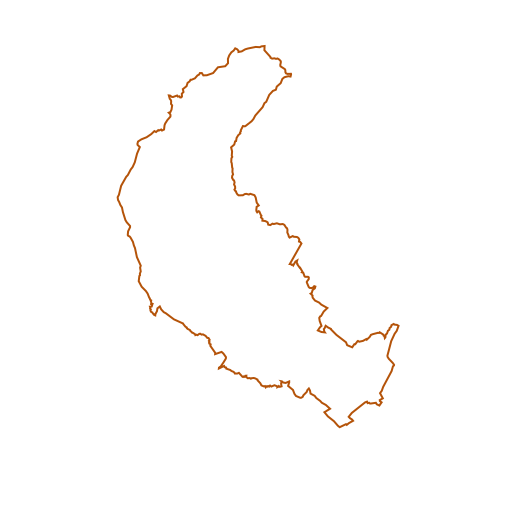 outline of Calatele, Cluj, Romania, rotated 151°
{"feature_id": "2599482B49338530714290", "entity_name": "Calatele", "entity_type": "district", "adm_level": 2, "iso_a3": "ROU", "parent_name": "Romania", "parent_adm1": "Cluj", "projection": "mercator", "projection_center": [23.02, 46.749], "detail": "fine", "context": "isolated", "style": "outline", "palette": "amber", "viewbox_px": 512, "rotation_deg": 151, "n_neighbors": 0, "source": "geoboundaries", "source_scale": "gbopen_adm2", "svg_char_len": 6128}
<svg xmlns="http://www.w3.org/2000/svg" viewBox="0 0 512 512"><g transform="rotate(151 256 256)"><path d="M262.8,423.6L262.3,421.9L262.4,420.8L263.3,419.4L267.5,417.9L271.2,415.9L272.6,414.7L275.1,411.2L277.4,411.3L277.6,412.6L280.2,412.8L280.5,413.5L283.3,412.9L284.3,414.5L288.5,413.4L294.1,412.9L299.7,413.6L303.7,413.3L305.4,411.5L305.7,410.5L304.8,407.6L310.4,403.2L316.6,396.7L320.8,393.6L323.6,392.4L328.9,388.9L331.1,388.2L339.9,382.8L346.2,376.0L348.5,374.5L349.5,371.9L349.5,369.5L349.9,366.4L349.7,363.4L351.1,359.0L352.8,350.7L352.7,348.1L351.6,343.3L352.2,342.2L355.9,339.6L358.0,336.5L358.0,335.7L357.0,334.2L356.8,332.9L356.8,328.0L357.7,324.4L358.0,321.6L360.7,312.8L361.5,303.4L363.0,302.0L364.3,298.4L366.1,296.9L366.8,295.4L367.7,295.1L370.8,290.8L370.9,284.5L369.3,278.8L369.0,275.7L369.6,271.2L369.4,270.5L369.8,269.1L369.2,268.0L369.9,267.4L370.1,266.0L371.0,264.9L369.8,264.2L371.7,262.4L373.3,263.1L373.5,262.1L374.1,261.4L373.9,260.3L374.6,259.9L374.9,258.2L374.0,256.8L374.1,255.6L373.5,254.7L373.7,254.0L372.9,252.9L372.1,254.0L369.3,255.8L367.6,258.0L364.6,258.5L364.8,255.3L363.9,251.6L362.6,249.6L358.5,240.4L352.5,232.3L352.6,231.8L352.0,228.4L351.2,227.0L351.5,226.5L351.2,225.5L349.7,223.3L349.7,221.8L349.2,221.1L349.0,219.8L348.3,219.2L347.2,217.0L347.4,216.2L346.2,216.0L345.5,215.1L343.4,215.4L342.5,215.1L341.7,213.6L340.4,213.2L338.8,210.6L338.3,208.0L337.3,207.3L337.2,205.1L338.4,204.6L338.3,203.3L339.1,202.9L339.3,202.0L338.5,200.7L339.5,199.6L338.6,191.0L339.3,190.0L332.6,188.8L331.8,186.5L331.3,182.1L332.1,180.9L336.4,178.5L340.4,176.5L342.5,176.3L343.0,175.6L337.2,175.3L337.3,173.9L336.2,172.9L336.6,171.9L333.8,168.8L333.2,167.3L331.9,165.7L331.4,164.4L331.5,163.5L329.4,162.3L327.6,162.1L326.4,156.9L325.9,156.4L325.1,156.6L324.5,155.8L323.4,156.4L322.5,156.0L323.2,155.1L322.5,153.1L320.7,152.3L320.0,151.2L319.5,151.4L317.1,150.4L316.0,149.3L314.6,147.2L314.9,146.5L313.9,142.6L314.0,140.2L312.3,138.1L311.2,137.9L311.2,136.4L309.9,136.9L309.3,136.2L308.7,136.4L308.0,135.6L307.7,136.0L306.5,135.9L305.9,134.4L302.5,134.0L300.4,131.5L300.9,130.9L299.9,130.8L299.1,131.2L298.6,130.0L296.8,129.6L296.0,132.1L294.5,133.8L294.6,134.2L294.1,133.8L293.6,132.2L291.6,130.6L287.8,130.2L288.2,129.4L290.9,126.8L288.6,120.9L289.2,116.9L288.9,114.2L286.0,110.5L285.0,110.1L283.4,110.2L282.1,111.2L277.6,112.5L276.1,113.8L274.0,114.5L274.0,112.2L275.0,109.2L272.5,105.3L272.1,102.5L270.1,98.1L269.6,95.8L267.1,91.8L265.3,86.5L271.9,86.2L270.9,80.9L267.9,73.7L266.7,67.9L265.8,65.7L258.8,65.3L258.5,64.3L255.7,64.8L251.0,64.8L251.3,66.5L252.4,68.5L252.9,70.4L248.3,72.3L231.5,75.1L229.5,74.8L229.7,73.2L228.2,72.8L227.9,71.8L227.1,71.3L222.3,69.5L222.3,67.8L220.6,65.4L217.1,67.1L218.0,69.0L217.6,70.0L214.1,70.0L214.0,75.9L211.4,77.1L208.2,79.9L193.2,89.6L189.7,93.1L188.4,93.4L188.0,93.9L188.2,96.0L189.7,101.8L189.8,104.0L189.4,105.1L179.0,116.0L172.4,120.8L169.2,122.3L165.2,125.8L166.1,127.4L168.2,128.9L168.5,129.8L171.1,129.8L172.1,128.6L174.1,128.2L175.1,126.9L176.9,126.6L179.0,124.7L180.8,124.3L182.3,122.1L183.1,121.8L182.5,123.4L183.0,124.4L182.8,125.6L184.8,129.3L185.6,129.0L186.6,129.7L191.7,131.0L193.7,131.3L195.8,130.1L199.7,129.1L199.8,129.9L203.6,129.9L207.3,131.0L208.0,132.3L208.4,132.3L212.0,130.7L212.7,131.2L216.1,129.5L219.5,133.8L219.1,136.9L223.9,148.0L226.0,155.5L225.8,155.9L227.6,158.5L228.9,161.2L231.1,159.5L232.1,159.2L232.9,156.8L232.8,155.8L235.6,157.8L238.0,160.9L234.7,162.6L232.6,163.1L231.8,168.3L230.7,171.2L229.1,172.1L228.1,172.0L223.7,174.6L218.8,175.9L222.5,181.9L223.4,184.7L226.0,188.4L226.6,191.9L226.4,193.0L225.7,194.0L226.5,196.6L225.2,196.6L223.0,198.8L220.2,199.2L218.9,200.5L219.7,201.4L221.4,200.8L223.1,201.1L224.6,202.2L224.9,203.4L224.4,208.2L224.0,208.9L221.1,210.2L220.2,211.7L220.5,212.5L223.1,214.0L223.4,214.7L222.8,218.3L223.6,219.3L223.0,219.4L223.1,224.3L223.4,224.3L223.9,228.7L223.6,228.9L223.6,230.7L222.2,232.1L224.2,232.0L228.0,229.7L228.1,230.7L229.2,231.0L229.5,232.1L230.3,232.6L210.2,244.9L210.5,246.8L211.4,247.8L210.1,249.4L210.1,250.3L210.2,251.4L211.0,252.8L213.6,254.5L214.2,255.6L217.7,255.8L217.9,257.0L217.5,258.4L217.2,261.4L215.8,263.6L215.4,265.2L215.9,266.2L216.1,269.5L217.1,271.0L219.7,272.1L221.9,274.5L224.9,275.3L225.9,276.3L228.5,276.1L230.1,277.5L229.5,279.7L230.0,280.8L231.1,282.2L233.3,283.8L232.3,285.3L233.0,287.4L231.7,288.6L231.9,289.5L231.5,293.3L232.1,294.0L233.8,293.6L233.9,294.7L233.5,296.0L231.6,298.7L229.1,298.9L229.5,302.3L227.9,307.4L227.9,310.0L230.9,313.2L232.4,313.2L234.4,315.1L235.8,315.6L238.1,315.5L241.8,317.5L242.4,318.9L242.5,321.2L242.1,322.2L242.6,323.0L242.7,324.5L241.4,325.3L240.6,326.9L240.5,329.2L239.1,330.7L238.7,332.1L238.6,332.9L239.2,334.0L238.9,335.2L239.1,336.0L238.0,337.6L236.5,338.5L235.9,340.9L234.0,344.0L234.0,344.8L232.2,349.0L232.1,350.2L230.1,353.4L228.7,354.2L228.6,355.4L226.2,359.1L225.1,363.1L221.0,364.0L218.7,366.4L217.7,366.2L215.7,368.7L212.9,370.3L210.3,370.8L210.1,371.7L208.7,372.5L208.4,373.3L204.4,376.0L202.9,374.8L201.9,374.8L194.5,376.0L191.9,377.0L188.5,379.2L178.0,383.0L174.5,385.6L172.3,385.9L166.3,390.5L161.2,392.2L158.0,391.8L155.7,394.1L150.6,395.2L147.1,398.1L144.5,398.6L140.6,397.6L138.8,396.2L137.3,397.8L137.1,398.4L140.2,400.0L141.2,401.2L141.2,402.4L140.2,404.5L140.2,405.5L142.6,410.0L142.2,411.3L140.5,413.2L139.9,414.3L140.4,416.5L141.4,418.3L142.9,418.7L144.1,420.0L146.2,420.8L147.2,422.4L146.9,423.2L148.9,431.9L146.7,435.5L149.6,436.7L151.5,436.8L154.9,439.0L162.5,441.4L165.2,442.0L169.3,441.9L172.4,442.9L171.9,443.8L172.0,444.8L172.3,446.0L173.5,447.7L175.9,446.5L178.8,446.1L182.2,444.4L185.0,442.0L187.0,438.2L190.9,436.9L197.8,439.5L204.8,436.8L211.3,437.9L214.5,439.5L214.7,442.3L216.4,443.2L217.7,442.3L219.7,442.3L223.3,441.0L227.1,441.4L227.8,441.9L229.4,440.9L231.9,440.6L234.4,438.2L239.1,437.4L239.9,434.6L242.2,433.9L243.5,431.3L244.8,431.0L245.5,431.5L245.6,432.8L247.1,433.3L247.2,434.6L251.5,435.3L252.5,436.0L253.4,438.0L254.4,438.7L255.2,435.3L254.9,433.8L255.1,432.6L256.6,430.2L256.3,428.4L258.9,425.0L261.1,423.4L262.8,423.6Z" fill="none" stroke="#b45309" stroke-width="2"/></g></svg>